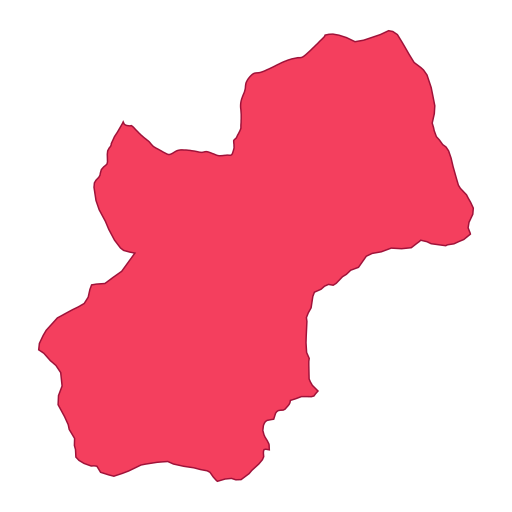 Bjachho, Chhukha, Bhutan
{"feature_id": "84629894B4757320303764", "entity_name": "Bjachho", "entity_type": "district", "adm_level": 2, "iso_a3": "BTN", "parent_name": "Bhutan", "parent_adm1": "Chhukha", "projection": "mercator", "projection_center": [89.581, 27.074], "detail": "fine", "context": "isolated", "style": "filled", "palette": "rose", "viewbox_px": 512, "rotation_deg": 0, "n_neighbors": 0, "source": "geoboundaries", "source_scale": "gbopen_adm2", "svg_char_len": 4919}
<svg xmlns="http://www.w3.org/2000/svg" viewBox="0 0 512 512"><path d="M388.6,30.7L380.3,34.6L363.7,40.2L355.0,41.7L346.5,37.6L339.0,35.2L332.9,34.1L328.9,34.3L325.1,35.1L324.6,36.4L323.6,37.5L322.5,38.6L321.4,39.7L320.3,40.7L319.2,41.8L318.2,42.9L317.1,44.0L316.0,45.0L314.9,46.1L313.8,47.2L312.7,48.2L311.6,49.3L310.5,50.4L309.4,51.4L308.3,52.4L307.1,53.5L306.0,54.5L304.8,55.5L303.6,56.4L302.3,57.2L300.9,57.6L299.3,57.7L297.8,57.7L296.3,58.0L294.8,58.3L293.3,58.6L291.8,58.9L290.3,59.4L288.9,59.8L287.4,60.3L286.0,60.9L284.6,61.4L283.2,62.0L281.8,62.6L280.4,63.3L279.0,64.0L277.7,64.6L276.3,65.3L275.0,66.0L273.6,66.7L272.2,67.4L270.9,68.0L269.5,68.7L268.1,69.3L266.7,69.9L265.3,70.6L263.9,71.2L262.5,71.7L261.1,72.2L259.6,72.6L258.0,72.8L256.4,72.9L254.9,73.1L253.5,73.6L252.3,74.4L251.2,75.4L250.1,76.5L249.1,77.7L248.1,79.0L247.3,80.3L246.6,81.6L246.0,83.0L245.7,84.5L245.5,86.0L245.4,87.6L245.2,89.1L244.8,90.6L244.4,92.1L243.8,93.5L243.2,94.9L242.6,96.4L242.1,97.8L241.6,99.2L241.2,100.7L240.9,102.2L240.7,103.7L240.6,105.3L240.6,106.8L240.7,108.3L240.9,109.8L241.0,111.4L241.1,112.9L241.2,114.4L241.2,116.0L241.2,117.5L241.2,119.0L241.1,120.6L241.1,122.1L241.0,123.6L240.9,125.1L240.9,126.7L240.9,128.2L240.4,129.7L239.8,131.0L239.1,132.4L238.4,133.8L237.6,135.1L237.0,136.5L236.3,137.9L235.5,138.7L234.5,139.5L233.7,140.5L233.7,141.7L233.8,143.0L234.0,144.6L234.0,146.1L234.1,147.6L233.8,149.1L233.4,150.5L232.9,152.1L232.4,153.6L231.6,154.8L230.4,155.3L228.8,155.2L227.2,155.1L225.6,155.3L224.1,155.4L222.6,155.6L221.1,155.7L219.6,155.8L218.1,155.6L216.6,155.2L215.2,154.6L213.8,154.0L212.3,153.5L210.9,152.9L209.5,152.4L208.0,151.9L206.5,151.6L205.1,151.7L203.5,152.1L202.0,152.4L200.5,152.3L199.0,152.1L197.5,151.7L196.0,151.4L194.5,151.1L193.0,150.9L191.5,150.7L190.0,150.4L188.5,150.3L187.0,150.1L185.5,150.0L183.9,150.0L182.4,149.9L180.8,149.9L179.3,150.1L177.9,150.4L176.5,150.9L175.1,151.7L173.8,152.5L172.5,153.3L171.1,154.0L169.7,154.5L168.2,154.5L166.7,153.9L165.4,153.2L164.0,152.5L162.7,151.8L161.4,151.0L160.1,150.3L158.7,149.5L157.4,148.8L156.0,148.1L154.7,147.3L153.4,146.5L152.3,145.4L151.3,144.3L150.3,143.1L149.3,141.9L148.2,140.9L147.0,140.0L145.8,139.0L144.6,138.1L143.4,137.1L142.3,136.1L141.1,135.1L140.0,134.0L138.9,133.0L137.9,131.9L136.8,130.8L135.7,129.7L134.6,128.5L133.6,127.4L132.5,126.4L131.3,125.6L129.9,125.9L128.3,125.7L126.8,125.5L125.4,125.0L124.2,124.1L123.2,121.9L122.6,123.2L117.4,132.2L114.5,136.6L111.3,143.6L111.2,144.8L110.6,146.3L109.2,148.0L107.7,150.8L107.3,154.2L107.5,161.9L107.0,164.0L105.7,165.3L103.7,166.9L101.4,169.5L100.4,172.9L100.0,175.2L98.8,177.3L96.0,180.2L94.4,182.9L94.0,187.3L96.0,200.5L99.2,209.8L105.4,221.3L108.8,229.4L114.5,240.1L120.5,248.0L123.6,250.4L129.8,252.1L134.9,253.1L121.7,271.3L112.8,277.6L104.9,283.5L96.4,284.1L91.6,284.9L89.9,289.5L88.2,297.2L84.2,303.5L78.1,307.0L72.5,309.7L69.9,311.1L57.4,317.9L46.2,330.3L43.2,335.4L39.4,343.4L38.7,349.8L43.9,353.3L50.4,360.7L55.9,365.4L60.7,372.6L62.1,386.0L58.5,395.6L58.1,404.7L64.6,416.7L68.2,424.6L69.2,429.4L74.6,438.4L74.4,445.5L75.5,449.5L75.9,457.1L79.0,460.4L84.0,463.4L91.2,466.0L94.0,465.8L96.9,466.2L100.6,472.3L108.8,474.9L113.9,476.2L114.7,475.9L122.3,473.4L128.6,471.0L141.0,465.0L145.5,464.1L157.1,462.3L161.8,461.9L167.8,461.5L173.4,464.0L183.8,466.3L193.9,467.8L200.3,469.5L207.2,470.8L210.0,472.3L213.2,476.9L216.4,480.5L217.4,481.3L225.2,479.0L231.5,478.4L235.8,479.8L241.1,479.6L249.1,473.6L251.8,470.4L258.9,463.9L262.4,459.7L263.7,456.7L263.4,453.2L263.5,451.2L264.0,449.6L265.7,449.2L269.3,449.8L269.1,445.0L268.9,444.0L267.3,440.8L264.9,436.9L263.9,434.6L263.2,431.8L262.8,430.6L263.4,425.5L264.3,423.3L265.4,421.6L267.1,420.4L271.1,419.6L273.7,419.2L275.6,413.2L276.7,411.7L278.2,410.6L280.6,410.2L283.1,410.1L285.0,409.2L286.4,407.6L288.0,405.8L289.1,404.4L289.9,402.8L290.4,400.4L295.5,398.8L301.4,396.6L307.2,396.6L311.3,396.7L313.9,396.0L315.6,393.7L318.0,391.0L312.3,385.3L310.3,381.8L309.1,378.9L308.8,365.2L308.8,361.4L309.2,358.4L306.6,352.5L306.0,342.8L306.2,336.4L306.6,327.8L306.9,321.5L306.4,317.6L308.3,312.8L311.1,307.8L312.8,296.5L314.4,292.2L321.1,289.2L324.5,286.2L328.5,284.4L333.2,285.2L336.2,283.3L342.5,276.7L346.4,274.3L350.7,270.2L358.5,267.3L366.3,256.2L372.2,253.4L381.3,251.8L391.2,248.1L401.6,248.7L411.3,247.7L416.8,243.4L419.5,241.4L420.7,240.2L427.0,241.7L431.1,243.7L445.7,245.7L447.5,244.8L454.0,243.8L459.0,241.5L463.8,239.5L470.4,234.1L470.2,233.2L468.1,227.8L469.0,222.3L472.8,214.2L473.3,208.1L470.6,202.3L468.2,198.1L466.5,194.8L463.8,192.0L460.3,188.3L458.4,185.2L456.4,178.4L453.1,166.7L451.9,161.6L451.1,158.2L448.6,150.9L446.0,147.0L442.7,144.6L439.4,140.0L436.4,136.7L434.2,130.7L433.5,127.4L432.2,123.1L434.3,113.7L434.8,105.8L433.0,96.6L431.2,87.6L427.0,75.0L423.5,70.0L420.9,67.6L414.1,62.5L409.0,54.2L404.7,46.7L402.0,42.1L397.4,34.6L392.8,31.5L388.6,30.7Z" fill="#f43f5e" stroke="#9f1239" stroke-width="1.5"/></svg>